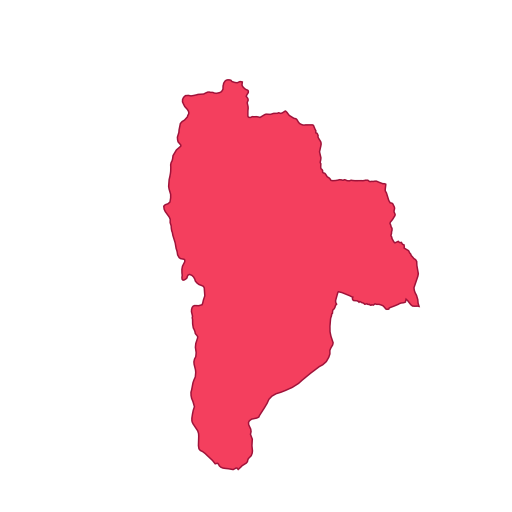 Guadalupe, Santander, Colombia (orthographic projection), rotated 329°
{"feature_id": "7082276B99610828489560", "entity_name": "Guadalupe", "entity_type": "district", "adm_level": 2, "iso_a3": "COL", "parent_name": "Colombia", "parent_adm1": "Santander", "projection": "orthographic", "projection_center": [-73.394, 6.237], "detail": "fine", "context": "isolated", "style": "filled", "palette": "rose", "viewbox_px": 512, "rotation_deg": 329, "n_neighbors": 0, "source": "geoboundaries", "source_scale": "gbopen_adm2", "svg_char_len": 6125}
<svg xmlns="http://www.w3.org/2000/svg" viewBox="0 0 512 512"><g transform="rotate(329 256 256)"><path d="M114.0,413.1L115.4,413.5L116.4,414.0L116.6,415.1L116.5,417.0L117.1,418.9L118.4,420.7L120.2,422.2L123.0,424.3L126.4,427.3L129.7,427.5L130.5,428.0L130.8,429.8L134.3,429.1L136.1,428.6L141.0,428.5L142.7,427.9L144.0,426.5L145.2,425.7L149.1,424.7L151.2,423.0L152.6,421.2L154.8,416.5L158.5,411.1L159.4,406.0L161.3,404.0L162.3,401.7L162.8,396.9L163.8,394.9L165.1,394.0L166.4,393.7L168.3,393.6L173.2,395.3L175.4,395.5L177.0,394.4L185.1,390.4L189.6,388.0L193.2,385.5L197.5,384.3L202.3,384.4L207.2,385.6L212.0,386.4L219.6,387.3L227.0,387.1L231.5,386.2L242.1,384.6L253.3,383.4L257.2,383.6L261.9,382.7L266.2,380.3L268.9,378.0L270.7,374.9L272.9,373.3L275.9,371.7L277.4,370.1L278.9,363.4L280.4,359.1L283.2,354.3L287.3,348.6L288.3,347.4L289.4,346.6L291.2,344.6L292.0,344.5L293.5,342.4L294.3,341.8L295.8,341.5L297.3,340.6L298.2,339.7L299.6,338.9L300.3,338.8L300.3,337.2L301.1,335.4L302.3,334.2L306.2,330.5L307.2,329.6L308.2,329.0L310.9,331.7L316.0,338.5L317.3,340.7L317.8,341.1L316.6,342.3L316.4,343.4L316.8,344.5L319.6,346.5L320.3,347.7L320.5,348.7L321.4,348.5L321.9,348.9L322.6,350.4L323.5,351.3L324.1,352.2L324.3,353.3L325.5,353.8L326.5,354.0L326.8,354.9L327.5,355.5L328.4,355.9L328.6,357.0L329.4,357.5L330.3,357.5L331.2,358.5L333.4,358.3L334.4,359.5L336.6,360.8L338.2,362.6L339.2,364.0L339.8,366.5L339.9,368.1L340.7,369.1L342.4,369.9L343.4,369.2L344.6,369.3L348.9,370.1L353.1,370.7L354.6,370.7L356.3,371.1L358.3,372.0L359.7,372.4L360.4,372.4L362.4,370.3L363.0,372.4L363.6,377.4L364.4,379.5L366.2,380.8L368.7,382.2L369.8,383.2L370.6,380.0L372.2,376.7L373.3,372.4L373.5,369.2L374.0,367.0L375.0,364.6L384.3,356.7L386.0,354.8L389.0,347.0L390.9,343.5L390.9,341.3L390.0,339.5L389.7,337.4L389.3,335.6L389.6,334.0L389.3,332.8L389.5,330.1L387.1,325.5L388.0,324.2L388.6,322.7L387.6,321.4L387.6,319.2L386.7,318.9L385.9,318.3L385.5,316.7L382.5,316.4L381.8,316.2L381.4,314.7L381.6,310.7L382.1,309.9L382.1,308.6L382.3,307.8L384.1,306.1L384.5,305.2L385.6,304.3L386.6,302.8L386.8,302.3L386.9,301.4L386.8,300.7L387.3,299.2L387.5,298.2L387.5,297.3L387.8,296.9L388.6,296.2L391.7,295.1L395.8,293.0L396.3,292.5L396.7,291.9L397.0,289.5L397.5,288.5L399.3,286.6L399.6,285.9L399.8,285.2L400.1,281.7L399.9,281.1L399.6,280.6L398.6,279.7L398.4,279.4L398.4,276.8L400.3,269.1L400.3,267.1L400.6,266.2L401.5,264.9L404.0,261.7L404.2,261.2L403.2,260.1L401.9,259.3L399.6,256.4L397.8,253.9L396.1,252.9L395.1,252.6L393.4,251.5L392.5,251.2L391.6,250.5L390.9,248.7L390.4,248.3L388.8,247.4L387.8,247.1L386.3,246.5L385.0,245.6L379.7,242.5L377.4,240.8L376.8,240.2L376.1,239.9L375.0,239.8L374.0,239.2L373.2,238.6L372.4,237.8L372.1,237.1L371.0,236.1L369.8,236.0L369.3,235.7L368.4,234.7L366.7,233.5L365.6,233.3L363.1,232.3L360.6,231.0L359.3,229.9L359.1,229.5L359.2,228.1L358.9,226.8L357.8,224.7L357.8,222.0L357.6,220.7L357.3,220.2L356.5,219.4L356.3,218.8L356.3,218.3L356.8,217.7L357.1,217.0L357.1,215.8L356.9,215.4L356.7,214.8L356.8,214.2L357.2,213.2L359.1,210.3L359.1,209.2L359.3,208.7L361.0,206.9L362.2,205.3L364.1,199.4L368.2,195.1L369.4,193.7L370.0,192.5L370.3,191.5L370.3,186.6L370.7,185.4L371.3,184.7L371.5,183.0L371.5,182.4L371.4,182.0L370.8,181.5L370.8,180.9L371.8,179.5L371.9,177.7L372.5,173.7L372.2,173.0L371.8,172.6L366.1,169.2L364.7,168.6L363.7,167.9L362.7,166.7L361.6,164.9L361.3,163.1L361.3,160.3L361.1,159.3L360.7,158.7L359.4,157.5L357.0,152.8L356.8,152.0L356.5,148.8L356.0,147.0L355.6,146.8L352.5,146.9L350.7,146.6L349.5,145.2L349.0,144.8L347.8,144.7L344.5,142.8L341.8,142.2L341.1,141.9L337.7,139.6L336.3,139.3L330.7,139.3L330.1,138.5L328.3,136.9L325.6,135.4L324.9,134.8L324.4,134.6L323.0,134.5L322.4,134.3L321.3,133.5L321.0,132.8L321.0,132.2L321.3,131.5L323.8,127.4L325.3,125.4L326.1,123.9L327.3,120.3L327.9,119.6L329.3,118.6L329.6,118.2L330.0,117.2L330.1,116.5L329.9,114.3L329.9,114.0L331.4,113.0L333.5,112.0L334.3,110.8L334.4,110.3L334.2,109.5L333.2,108.2L332.6,107.0L332.0,104.9L331.9,104.0L331.9,102.7L332.3,101.9L333.9,99.8L332.9,98.8L332.2,98.3L331.5,98.1L329.3,97.9L328.1,97.1L326.8,95.9L325.3,94.1L325.0,93.4L325.1,92.7L324.5,91.9L323.6,91.1L322.0,90.2L320.7,90.0L319.7,90.1L319.0,90.4L317.2,91.3L316.7,92.0L315.4,93.2L313.7,95.9L312.1,96.9L310.3,97.4L308.9,97.2L305.9,96.2L304.3,95.0L303.2,93.5L301.1,92.2L300.4,91.4L299.2,90.7L297.2,90.4L294.5,90.2L289.5,87.6L288.2,87.3L285.5,86.4L282.7,85.3L280.7,83.5L278.1,82.2L275.7,82.7L273.7,84.0L272.4,86.0L272.1,88.5L271.9,91.2L272.6,94.7L272.7,96.7L272.3,98.4L271.5,99.5L269.9,100.4L268.9,101.4L264.7,102.7L261.9,102.7L259.4,103.5L255.0,108.3L253.6,110.3L249.8,113.7L248.7,115.9L248.0,118.0L248.7,122.2L248.1,123.1L242.4,124.1L236.6,127.2L234.6,129.7L233.2,131.1L231.3,132.3L229.8,133.9L228.7,136.0L226.6,139.3L225.3,141.0L223.3,143.3L220.9,145.8L217.0,151.3L216.0,153.8L214.6,159.2L212.8,162.2L210.1,165.4L207.5,165.9L204.6,165.3L202.6,165.8L201.4,168.5L201.1,171.2L201.7,177.9L201.4,180.3L199.6,183.2L198.8,186.5L197.7,188.6L196.7,191.1L196.4,192.8L195.4,195.4L193.5,203.1L191.4,208.5L191.0,210.4L190.5,212.0L189.4,214.7L189.3,217.8L190.0,219.4L192.6,221.7L192.9,222.7L192.0,224.2L187.7,226.9L185.6,229.3L183.8,232.4L182.8,234.6L181.5,236.2L180.7,237.8L180.9,238.9L181.7,239.5L183.8,239.6L185.6,239.2L186.6,238.1L188.2,237.3L189.6,237.6L191.1,239.6L191.7,241.9L191.6,244.4L191.1,246.2L191.5,248.7L192.4,251.0L194.3,253.4L195.2,254.8L195.3,256.5L191.6,263.8L188.2,266.7L186.3,268.7L184.7,270.0L181.3,269.1L177.9,266.9L176.4,266.6L174.8,267.2L173.2,268.7L172.0,270.5L170.6,274.9L169.5,276.1L168.9,277.8L166.7,281.6L165.2,285.4L165.1,287.3L164.7,289.5L164.1,291.0L164.1,291.8L164.4,293.4L164.5,295.2L163.6,296.3L159.3,300.0L157.0,303.1L155.0,307.9L153.8,309.6L152.5,311.3L150.2,312.7L148.3,314.7L147.2,316.9L145.5,322.4L144.4,324.7L141.7,328.4L139.1,330.2L136.7,332.2L131.9,337.6L130.1,339.3L128.5,342.1L127.5,344.9L127.0,348.3L125.6,353.5L122.8,355.9L120.3,358.6L117.5,362.0L116.2,364.2L115.8,365.5L115.6,367.6L116.0,375.8L115.3,378.7L114.0,381.1L109.0,388.9L107.8,391.9L108.1,394.0L109.5,396.1L110.7,399.1L111.5,402.1L113.4,408.8L114.0,413.1Z" fill="#f43f5e" stroke="#9f1239" stroke-width="1.5"/></g></svg>